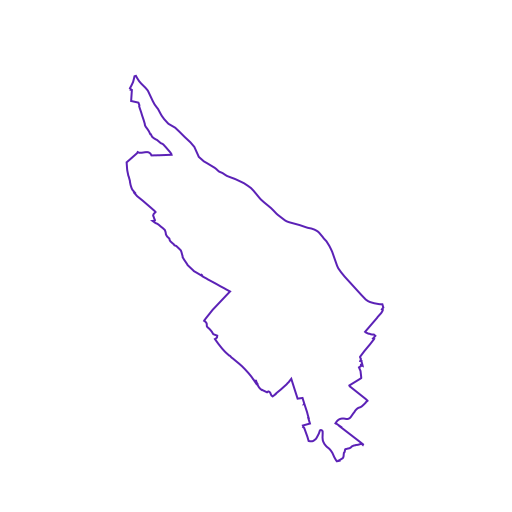 Molenlanden, Zuid-Holland, Netherlands (Equal Earth projection), rotated 57°
{"feature_id": "6326949B33496836807668", "entity_name": "Molenlanden", "entity_type": "district", "adm_level": 2, "iso_a3": "NLD", "parent_name": "Netherlands", "parent_adm1": "Zuid-Holland", "projection": "equal_earth", "projection_center": [4.856, 51.891], "detail": "fine", "context": "isolated", "style": "outline", "palette": "violet", "viewbox_px": 512, "rotation_deg": 57, "n_neighbors": 0, "source": "geoboundaries", "source_scale": "gbopen_adm2", "svg_char_len": 5986}
<svg xmlns="http://www.w3.org/2000/svg" viewBox="0 0 512 512"><g transform="rotate(57 256 256)"><path d="M315.9,193.5L311.1,193.7L308.3,193.3L298.4,190.9L296.4,190.4L293.9,189.8L291.1,189.4L287.4,189.0L282.0,188.9L278.2,189.6L276.3,189.7L270.7,190.4L268.9,190.9L267.3,191.7L265.7,192.6L264.4,193.6L263.1,194.6L260.7,197.1L259.4,198.2L253.9,202.5L246.3,209.3L245.0,210.4L243.6,211.4L242.1,212.2L240.2,212.9L233.4,215.3L231.6,215.8L227.8,216.5L224.0,217.3L215.4,220.0L211.4,221.1L209.6,221.4L200.0,222.5L196.3,223.2L192.9,224.5L188.5,226.4L186.0,227.9L180.5,231.3L173.3,236.6L171.7,237.4L168.2,238.9L166.7,239.9L165.3,240.9L163.4,241.5L161.6,241.9L159.8,242.5L151.7,246.4L148.2,248.2L141.7,250.0L140.0,249.7L130.9,248.3L124.9,249.1L117.3,251.0L109.8,252.6L104.4,253.9L97.5,257.4L96.6,257.6L91.1,258.5L87.1,258.7L85.2,258.6L79.3,258.1L77.2,258.3L73.7,258.5L69.9,258.2L58.9,256.7L57.7,256.7L54.7,257.1L48.7,258.4L47.2,258.6L45.7,258.8L42.6,258.8L41.0,258.7L39.5,258.6L39.1,260.0L41.3,262.3L43.1,264.3L43.8,265.4L45.1,267.5L46.7,270.4L48.5,270.0L48.6,270.3L49.2,269.7L58.0,276.3L63.2,271.2L63.4,271.1L66.1,271.7L66.7,272.4L68.4,272.9L73.1,274.1L76.2,275.0L80.9,276.2L84.9,277.4L85.1,277.6L85.9,277.9L86.6,278.0L87.4,278.1L90.6,277.9L93.3,277.9L96.1,278.3L96.3,278.3L96.6,277.9L99.4,278.2L101.4,277.6L103.5,276.6L104.8,275.8L109.5,274.4L110.8,273.5L111.9,273.0L116.1,272.3L118.5,272.0L122.0,271.5L124.1,271.4L125.1,271.7L119.1,281.8L114.7,288.9L113.8,288.8L112.6,288.8L111.4,289.2L110.5,289.7L109.8,290.4L109.2,291.3L108.5,292.6L107.3,295.3L106.1,297.3L105.6,297.9L104.4,298.6L104.9,299.5L105.0,299.7L107.0,313.5L112.8,316.7L114.2,317.4L117.5,318.7L119.0,319.3L120.1,319.5L124.5,320.9L125.3,321.4L126.1,321.7L128.1,322.5L130.6,323.2L132.0,323.5L133.1,323.6L137.0,323.1L136.9,323.7L141.1,323.1L147.8,320.9L158.8,317.7L163.1,316.5L164.4,316.3L165.0,318.8L165.1,319.0L165.9,320.1L166.2,320.3L167.5,320.5L168.9,320.9L170.4,321.1L171.0,321.3L171.1,321.8L171.1,322.0L170.3,323.6L173.0,322.6L174.0,322.1L175.1,321.3L176.7,320.6L179.8,319.7L181.7,319.0L184.5,318.3L186.3,318.7L187.9,319.3L188.6,319.7L189.9,319.9L191.4,319.9L194.2,319.2L194.5,319.3L195.5,319.7L197.1,319.8L199.7,319.1L200.4,318.9L201.2,318.6L202.6,318.6L203.9,317.6L204.2,317.4L208.4,316.4L210.4,316.0L212.2,316.4L215.2,317.4L216.1,317.6L216.3,317.7L216.8,318.1L217.3,318.2L220.2,318.3L225.1,318.2L226.4,318.3L228.9,317.7L233.4,316.6L234.3,316.4L234.7,316.4L235.1,316.2L238.4,314.5L242.5,312.5L242.2,311.9L242.8,311.7L243.9,312.0L245.8,311.0L248.1,309.7L249.1,309.3L258.2,304.3L261.9,302.4L265.8,300.2L267.8,299.2L271.6,297.1L277.5,321.6L281.1,332.4L281.6,333.6L281.8,334.3L282.0,334.6L282.1,334.8L282.8,334.5L283.4,334.3L284.4,334.1L285.4,334.1L286.1,334.3L287.8,335.3L288.3,335.5L288.9,335.5L289.5,335.4L291.6,334.8L293.5,334.5L295.4,334.3L298.1,334.4L298.4,334.3L299.0,333.9L301.7,331.9L303.0,333.0L303.3,333.9L303.3,335.7L309.2,335.4L312.5,335.1L315.4,334.8L319.1,334.2L320.9,333.8L324.9,332.7L325.2,332.4L326.0,332.1L327.6,331.9L329.5,331.2L337.5,328.7L340.7,327.8L345.1,326.9L350.0,326.1L354.3,325.6L356.5,325.5L357.9,325.5L358.0,325.4L363.8,325.3L363.8,325.2L363.7,325.2L363.3,324.9L360.4,324.2L360.6,323.9L362.2,324.3L362.7,324.4L363.7,324.4L363.7,324.5L366.4,325.0L368.0,325.0L369.4,324.8L370.2,324.6L371.6,324.1L371.7,323.7L372.2,323.5L376.3,321.0L376.4,320.8L376.2,320.2L376.3,319.7L376.4,319.3L376.6,319.2L376.8,319.1L377.0,318.9L377.5,318.7L378.2,318.6L378.8,318.6L380.2,318.9L381.5,319.0L382.0,318.8L382.8,318.5L382.6,314.8L382.3,314.7L381.9,311.6L381.8,310.6L381.5,307.9L380.3,300.2L379.9,299.0L379.6,297.3L379.3,296.5L378.2,293.3L388.7,296.2L398.3,298.8L400.4,294.3L404.6,295.5L404.8,295.5L406.2,296.1L406.3,296.3L406.4,296.0L414.7,298.2L417.7,299.2L420.6,300.1L420.4,300.4L425.9,302.0L423.7,309.0L425.6,309.4L425.6,309.5L426.4,309.2L435.4,311.3L439.8,312.6L440.7,311.7L441.2,311.0L441.8,310.1L442.1,309.5L442.3,308.5L442.1,306.0L442.0,305.4L441.8,304.8L440.7,302.7L439.1,299.9L438.3,298.9L437.4,297.8L437.1,297.3L437.1,296.9L437.2,296.6L437.4,296.3L437.7,296.0L438.2,295.7L438.9,295.6L439.3,295.6L439.6,295.8L440.8,296.5L444.5,299.1L446.8,300.3L447.8,300.6L448.9,300.8L451.1,301.0L453.8,300.7L455.0,300.4L456.7,299.8L457.8,299.5L459.2,299.3L460.3,299.2L462.8,299.2L467.3,299.9L470.7,300.1L472.2,300.0L472.9,298.3L472.6,298.1L472.8,297.8L472.4,297.8L472.5,297.8L472.8,297.7L472.8,297.1L472.7,297.1L472.8,293.6L472.7,293.1L472.4,292.5L471.4,291.4L470.8,291.0L469.1,289.6L468.9,289.3L468.8,288.7L468.5,288.4L468.2,288.0L467.1,286.9L466.8,286.6L466.7,286.3L466.8,285.9L467.2,285.0L467.4,284.1L467.7,283.5L467.8,283.2L467.9,282.8L468.0,282.7L468.2,282.0L468.2,280.5L468.0,279.9L467.9,279.0L468.3,276.9L468.8,276.0L468.8,275.7L469.0,275.0L469.7,273.7L469.9,273.2L470.3,271.9L470.7,270.5L470.9,270.1L471.4,269.6L472.6,269.3L472.3,268.8L468.7,270.0L444.9,278.4L445.0,278.0L440.2,280.0L440.1,280.3L439.6,280.5L438.7,278.3L438.4,277.0L438.3,275.7L438.4,274.5L438.9,272.9L439.6,271.7L440.2,270.8L441.8,269.1L442.4,268.3L442.7,267.6L442.9,266.9L443.0,265.6L442.7,264.3L440.9,259.9L440.6,258.8L439.7,256.9L439.3,255.3L439.1,253.9L439.1,253.3L439.2,252.5L439.7,250.6L439.7,249.0L439.2,246.0L438.7,243.8L438.5,243.6L438.2,241.5L437.6,241.5L437.6,241.4L435.6,241.9L416.8,248.2L416.4,248.4L415.9,248.3L415.4,248.2L415.7,236.5L415.7,234.3L415.2,233.9L409.4,231.0L405.5,230.3L405.5,228.1L404.6,227.4L406.2,226.4L405.7,226.2L401.8,224.9L401.5,224.7L400.8,225.7L399.9,224.5L399.6,224.1L397.7,223.9L397.2,223.6L394.7,216.7L392.2,208.6L390.0,202.3L389.9,202.1L388.9,202.7L388.0,199.4L386.1,199.9L385.8,200.3L385.3,201.1L385.0,201.5L384.0,202.5L383.2,203.0L382.3,204.1L381.2,204.7L380.7,205.1L380.2,205.4L379.0,205.8L373.8,188.1L373.4,187.2L372.0,182.0L371.5,180.9L370.7,179.4L370.3,179.1L370.0,178.9L369.3,179.4L369.2,179.2L368.8,178.2L368.6,177.3L365.3,176.3L364.2,178.0L363.4,179.0L360.0,182.6L357.7,184.6L356.5,185.6L354.7,186.7L352.2,187.7L346.4,188.8L321.5,192.9L315.9,193.5Z" fill="none" stroke="#5b21b6" stroke-width="2"/></g></svg>